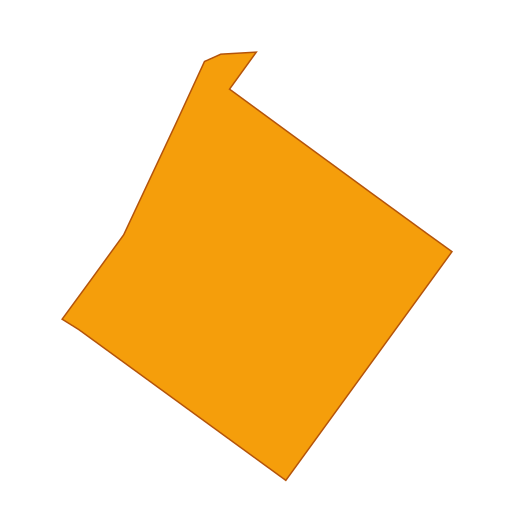 Scott, Mississippi, United States of America (Mercator projection), rotated 36°
{"feature_id": "52423323B58767742506518", "entity_name": "Scott", "entity_type": "district", "adm_level": 2, "iso_a3": "USA", "parent_name": "United States of America", "parent_adm1": "Mississippi", "projection": "mercator", "projection_center": [-89.587, 32.428], "detail": "fine", "context": "isolated", "style": "filled", "palette": "amber", "viewbox_px": 512, "rotation_deg": 36, "n_neighbors": 0, "source": "geoboundaries", "source_scale": "gbopen_adm2", "svg_char_len": 349}
<svg xmlns="http://www.w3.org/2000/svg" viewBox="0 0 512 512"><g transform="rotate(36 256 256)"><path d="M412.0,137.3L381.0,137.4L310.9,137.3L136.5,136.6L136.4,90.9L108.9,113.4L100.0,128.9L113.3,195.7L136.5,316.6L136.5,373.0L136.3,421.1L155.8,419.7L412.0,420.0L412.0,373.1L412.0,137.3Z" fill="#f59e0b" stroke="#b45309" stroke-width="1.5"/></g></svg>